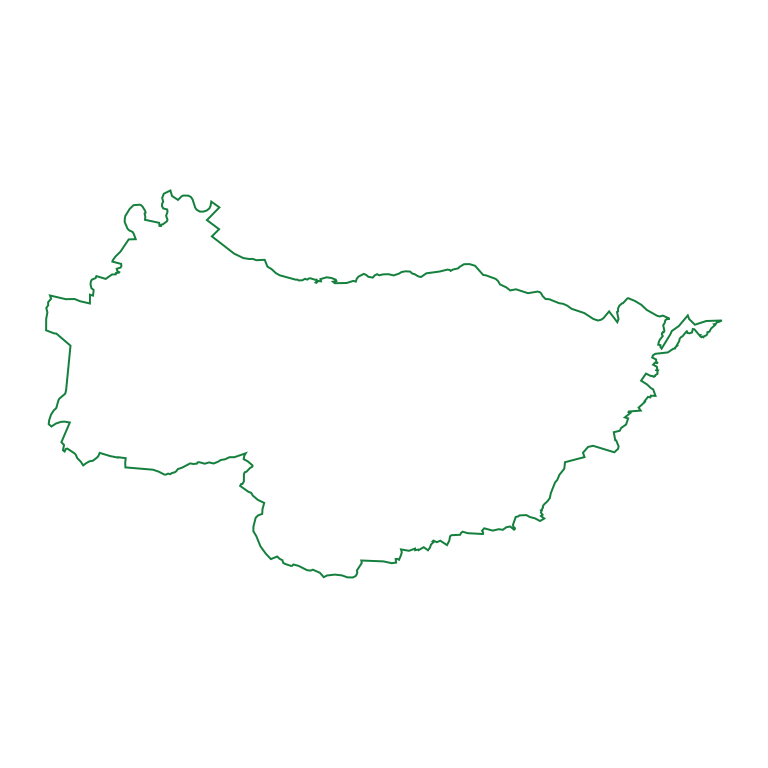 Gornesti, Mures, Romania
{"feature_id": "2599482B61997995106297", "entity_name": "Gornesti", "entity_type": "district", "adm_level": 2, "iso_a3": "ROU", "parent_name": "Romania", "parent_adm1": "Mures", "projection": "robinson", "projection_center": [24.739, 46.67], "detail": "fine", "context": "isolated", "style": "outline", "palette": "green", "viewbox_px": 768, "rotation_deg": 0, "n_neighbors": 0, "source": "geoboundaries", "source_scale": "gbopen_adm2", "svg_char_len": 6071}
<svg xmlns="http://www.w3.org/2000/svg" viewBox="0 0 768 768"><path d="M482.9,534.0L483.1,532.4L482.0,530.8L484.2,528.3L492.7,530.6L498.8,529.2L502.8,529.8L506.3,527.3L510.2,526.5L514.1,529.7L514.9,528.9L514.9,528.1L513.6,527.0L512.9,525.1L515.7,517.0L518.2,516.4L519.5,515.4L526.4,515.1L529.8,517.0L534.9,518.3L540.0,521.0L544.3,518.5L540.9,516.0L542.6,514.8L540.9,512.6L541.4,511.3L540.9,510.4L541.9,510.2L542.1,508.9L543.0,507.6L542.8,506.4L543.9,504.6L547.5,501.2L549.8,498.1L550.8,493.2L555.1,482.4L557.3,479.9L559.4,474.8L564.3,468.7L565.0,462.2L584.5,457.1L583.0,452.7L588.1,446.9L593.1,445.8L614.3,452.3L618.1,448.8L618.6,446.4L616.2,440.4L615.2,440.2L613.8,432.2L619.7,430.8L621.2,427.9L626.1,424.5L628.1,418.4L624.9,417.4L630.3,413.0L628.5,412.1L628.8,411.5L640.7,410.6L638.6,407.6L645.0,401.8L644.5,401.3L648.0,396.9L650.4,397.4L650.8,395.7L655.5,395.9L653.2,389.4L651.0,388.2L647.0,384.4L641.1,380.7L646.0,373.6L650.6,375.9L652.9,376.1L653.6,376.8L655.0,376.2L655.3,375.2L657.5,373.8L657.4,371.4L658.0,370.4L656.3,370.1L657.2,368.6L656.8,366.7L653.1,364.7L654.9,362.7L658.0,363.2L656.2,361.8L656.1,359.5L652.2,357.5L653.0,355.3L655.4,353.8L667.9,352.4L673.0,348.9L675.1,348.4L675.1,347.6L677.3,345.6L676.8,345.3L679.2,341.2L679.6,338.9L680.7,337.4L682.5,336.3L686.6,331.3L687.1,331.4L687.5,333.0L689.6,333.3L692.0,332.5L692.8,329.0L694.4,329.3L699.0,334.8L700.5,335.1L700.0,335.9L700.3,336.4L701.5,337.2L702.6,336.6L703.5,337.2L703.9,336.4L706.5,335.2L707.4,333.7L707.4,332.2L709.4,331.7L711.1,328.5L715.0,325.1L714.1,324.2L715.9,323.8L717.2,322.0L718.7,322.0L721.9,320.5L706.3,321.0L694.9,324.7L689.1,319.0L687.8,315.4L678.8,326.1L671.8,331.0L670.4,334.2L661.6,348.6L660.4,347.0L660.4,345.1L658.2,344.7L658.7,342.5L659.6,340.0L662.8,336.0L661.9,334.5L662.0,333.3L662.8,332.1L663.6,332.4L664.4,330.9L663.2,325.2L664.6,323.1L665.3,320.3L666.6,319.2L668.9,319.0L668.9,318.3L662.8,315.6L659.7,316.5L657.0,315.7L646.7,309.9L641.3,304.8L635.0,301.0L628.3,298.2L627.4,298.4L623.0,303.2L622.3,303.2L619.4,305.6L618.1,308.3L618.0,311.5L617.0,312.0L618.5,319.1L617.3,322.2L609.1,311.4L603.5,318.1L601.2,319.7L598.0,320.5L593.4,319.0L584.4,313.1L571.6,308.8L567.3,305.7L563.1,303.8L559.1,303.2L549.2,299.2L545.6,299.0L542.7,296.2L541.0,293.1L539.5,292.0L537.4,291.6L528.0,293.2L516.0,289.3L510.2,290.4L506.2,287.3L500.0,284.4L498.1,281.1L495.7,278.9L486.1,275.4L483.1,274.9L475.1,265.8L469.6,264.1L464.0,264.2L459.4,267.0L458.3,268.3L453.1,269.5L450.6,270.9L449.9,270.0L447.4,269.6L439.8,271.5L426.4,273.3L421.0,277.0L418.3,276.4L414.3,274.0L412.3,273.6L410.2,271.6L405.5,271.3L401.6,272.0L399.0,273.6L393.7,275.4L388.4,274.2L382.9,274.4L379.2,275.3L377.1,274.2L374.6,275.5L372.8,277.6L368.4,276.8L366.0,274.8L363.7,273.9L358.4,276.7L356.7,278.8L355.8,281.6L353.4,280.9L346.6,283.0L334.8,283.2L333.0,281.7L336.4,281.0L335.8,279.7L331.5,278.0L326.7,277.3L320.4,279.1L321.0,281.3L318.1,281.0L316.5,282.8L315.6,282.5L317.2,280.6L316.6,279.6L315.2,279.8L310.5,278.3L309.0,278.4L307.2,279.6L305.0,278.8L302.3,280.3L298.5,280.4L297.5,279.6L295.8,279.7L279.7,275.3L275.7,273.0L271.6,269.1L267.5,266.7L264.7,259.8L256.5,260.2L252.6,258.9L249.3,259.0L243.4,258.1L234.1,253.6L211.9,236.4L219.1,229.2L206.9,220.1L219.4,207.4L211.3,201.6L210.5,206.1L209.3,208.5L206.7,210.5L203.5,211.6L199.8,211.6L196.6,209.7L195.2,207.6L192.6,199.5L191.0,197.1L188.5,195.7L183.5,195.5L181.6,196.3L178.0,199.9L172.0,196.0L170.4,190.5L163.8,193.7L162.2,197.9L163.2,201.7L162.1,203.7L162.0,206.2L163.2,208.4L167.2,209.5L167.5,211.8L166.1,215.8L167.5,219.8L166.8,221.4L162.9,224.3L161.4,224.6L161.0,226.0L159.5,225.9L159.1,222.8L145.0,219.8L145.3,216.6L144.6,213.4L145.6,212.7L145.1,210.8L142.4,206.4L140.9,205.1L139.8,204.7L133.5,205.2L129.7,208.9L125.4,215.8L124.8,218.4L124.7,222.1L127.6,228.8L129.1,230.3L132.5,231.9L133.7,233.7L135.7,239.2L128.7,239.4L120.4,251.7L115.4,256.6L112.7,260.4L112.4,261.6L121.1,263.9L121.4,266.0L120.7,267.5L116.7,268.8L117.3,271.1L119.3,272.2L119.0,272.6L115.9,273.1L115.8,274.3L112.0,274.5L105.7,278.9L96.4,276.1L95.6,278.1L91.8,279.7L90.9,281.5L90.5,284.3L91.5,288.3L93.5,289.8L93.6,290.7L93.0,295.6L90.0,294.7L89.9,303.5L80.0,301.2L74.5,299.0L65.9,299.2L50.0,295.5L51.1,298.7L48.1,302.3L48.2,305.2L46.3,308.1L47.4,312.4L46.2,318.8L46.1,330.3L54.2,333.4L56.4,333.6L70.5,345.7L66.1,390.2L65.2,393.7L59.4,398.6L58.4,400.4L56.3,408.0L53.7,410.5L51.0,414.7L49.2,420.1L48.7,424.1L51.4,426.5L56.0,423.5L60.8,421.9L64.3,421.6L69.8,422.5L61.4,442.2L64.0,445.0L63.0,450.3L64.6,451.5L65.8,449.0L67.3,448.6L74.6,453.4L75.8,454.8L77.3,458.2L80.8,461.7L83.2,465.4L86.4,463.0L89.8,461.2L92.8,460.8L96.1,458.3L98.1,456.5L99.7,452.9L110.3,456.1L117.9,457.6L118.1,457.2L125.7,458.2L125.2,462.9L125.4,467.4L153.0,469.7L158.8,471.7L164.5,474.6L166.0,474.6L168.0,473.6L170.3,474.2L171.7,473.1L174.7,472.3L176.2,471.3L177.8,469.1L182.0,467.7L190.2,463.4L193.5,464.0L197.0,463.6L197.6,462.4L199.3,462.2L204.7,463.7L209.1,462.4L213.6,463.5L218.1,461.7L220.8,460.0L225.0,459.3L229.5,457.2L234.4,457.2L245.7,453.3L244.3,455.6L243.7,459.2L247.7,461.3L252.4,465.3L252.5,466.5L249.9,468.1L246.5,471.7L244.7,472.3L243.9,474.2L243.9,481.4L242.4,484.0L241.1,484.1L240.1,485.9L248.4,491.8L251.1,492.8L252.9,495.7L257.9,499.9L264.2,502.9L262.5,509.1L262.2,513.9L258.1,515.4L255.7,517.7L253.4,526.7L253.4,531.3L256.3,536.1L260.5,546.4L265.8,553.7L270.9,559.1L277.2,556.5L279.7,558.9L282.3,560.1L283.3,563.0L285.3,564.0L291.0,565.9L292.0,565.9L293.4,564.5L298.4,565.8L307.1,570.2L310.5,570.6L312.9,569.7L319.9,572.8L323.8,577.2L326.9,575.5L334.9,574.6L342.0,575.4L347.2,577.3L352.7,577.5L355.6,576.1L356.8,574.2L357.3,572.4L356.9,570.5L361.7,563.1L361.3,560.5L383.5,561.4L391.7,563.2L396.1,562.6L395.7,559.0L397.4,558.9L399.0,559.8L400.8,555.7L401.8,552.3L401.0,549.4L409.0,550.8L415.0,548.6L415.1,550.2L418.1,549.6L418.5,550.2L423.7,547.2L428.0,550.3L429.9,547.7L431.1,544.4L433.7,542.0L432.6,541.4L433.4,540.6L436.8,542.2L440.3,540.7L447.0,545.1L449.2,540.9L450.1,536.3L451.4,535.2L460.1,534.8L461.1,532.9L462.6,531.7L467.8,533.2L482.9,534.0Z" fill="none" stroke="#15803d" stroke-width="2"/></svg>